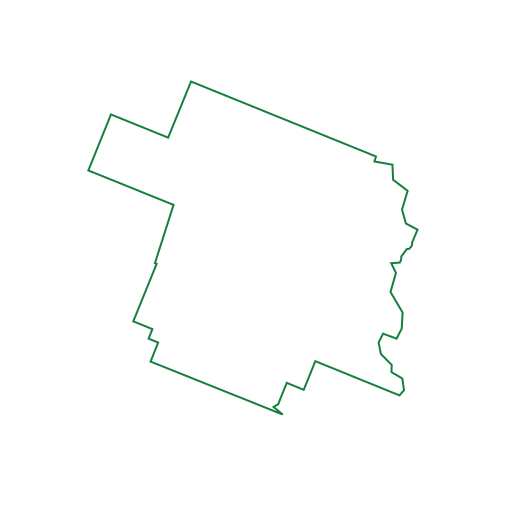 Greer, Oklahoma, United States of America, rotated 22°
{"feature_id": "52423323B82267660013487", "entity_name": "Greer", "entity_type": "district", "adm_level": 2, "iso_a3": "USA", "parent_name": "United States of America", "parent_adm1": "Oklahoma", "projection": "robinson", "projection_center": [-99.448, 34.921], "detail": "fine", "context": "isolated", "style": "outline", "palette": "green", "viewbox_px": 512, "rotation_deg": 22, "n_neighbors": 0, "source": "geoboundaries", "source_scale": "gbopen_adm2", "svg_char_len": 786}
<svg xmlns="http://www.w3.org/2000/svg" viewBox="0 0 512 512"><g transform="rotate(22 256 256)"><path d="M68.5,179.1L68.5,239.5L160.4,239.5L165.0,300.5L166.8,300.5L166.7,362.6L187.3,362.6L187.4,372.9L197.7,372.9L197.8,393.4L340.2,393.0L328.9,389.4L332.1,385.0L332.0,362.1L350.4,362.2L350.4,331.3L441.2,331.5L443.5,325.0L437.6,314.8L425.1,312.9L422.6,306.1L408.5,300.1L402.1,290.3L402.9,280.4L417.3,280.0L418.3,268.7L413.1,253.5L394.2,239.0L392.1,219.3L384.1,212.0L391.7,208.3L392.0,206.4L391.8,204.5L390.9,201.9L391.4,200.2L392.7,195.2L393.2,193.1L395.3,192.0L396.4,189.3L396.5,187.0L395.7,185.2L395.9,171.1L382.8,169.7L374.0,158.2L372.2,138.8L354.6,134.0L348.3,120.2L330.4,124.0L330.0,118.8L130.4,118.6L130.2,179.2L68.5,179.1Z" fill="none" stroke="#15803d" stroke-width="2"/></g></svg>